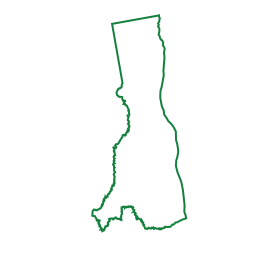 outline of Magoe, Tete, Mozambique, rotated 80°
{"feature_id": "85939544B26060528055494", "entity_name": "Magoe", "entity_type": "district", "adm_level": 2, "iso_a3": "MOZ", "parent_name": "Mozambique", "parent_adm1": "Tete", "projection": "mercator", "projection_center": [31.675, -16.019], "detail": "fine", "context": "isolated", "style": "outline", "palette": "green", "viewbox_px": 256, "rotation_deg": 80, "n_neighbors": 0, "source": "geoboundaries", "source_scale": "gbopen_adm2", "svg_char_len": 6048}
<svg xmlns="http://www.w3.org/2000/svg" viewBox="0 0 256 256"><g transform="rotate(80 128 128)"><path d="M227.0,86.3L223.6,86.5L221.2,87.0L219.7,87.0L214.5,85.8L212.4,85.6L198.6,84.7L192.4,84.8L189.4,85.0L180.4,86.9L173.7,87.4L168.2,86.1L165.7,84.7L160.5,82.7L157.7,82.4L151.7,82.3L149.2,82.7L147.2,82.6L139.6,81.5L135.7,82.7L133.6,83.6L131.3,84.8L128.0,87.2L125.6,88.0L121.0,90.0L116.9,89.8L112.6,90.9L104.8,91.0L102.6,90.8L96.9,89.5L93.1,87.6L83.1,83.9L81.3,83.5L77.8,83.2L65.3,79.9L59.7,79.4L56.7,78.2L54.9,78.3L52.6,79.3L50.7,78.6L49.2,78.7L47.6,79.2L46.6,80.3L44.4,80.9L42.7,80.9L41.5,81.6L40.8,81.5L38.6,80.5L36.8,80.0L35.1,79.9L33.2,80.8L32.4,80.1L31.7,79.8L30.2,80.2L28.4,78.6L27.0,78.4L25.6,77.6L23.6,78.1L22.5,77.9L22.7,125.6L82.9,125.6L84.6,126.8L86.3,127.0L87.4,128.4L87.5,128.9L87.3,129.4L87.7,130.5L88.2,131.1L88.5,131.0L88.6,131.4L90.1,132.6L91.0,133.1L92.1,133.2L93.8,132.9L94.6,132.1L95.1,132.1L96.1,130.6L96.0,129.9L96.5,128.4L98.5,128.6L99.7,128.0L100.2,127.2L100.8,126.8L100.8,126.2L101.1,126.2L101.2,126.6L100.5,127.4L100.6,128.0L102.2,127.4L102.6,127.4L103.5,128.1L103.7,126.8L104.4,127.0L105.0,126.1L105.8,125.8L105.8,125.4L110.6,124.0L111.1,124.7L112.3,124.2L113.1,124.5L114.4,124.2L115.3,124.4L116.2,125.2L116.1,125.6L115.6,126.0L116.0,126.4L117.2,125.6L117.7,125.7L119.8,126.8L120.5,126.8L121.3,126.0L121.8,125.9L122.7,126.3L123.5,127.0L124.0,126.5L124.9,127.1L125.6,126.8L125.9,126.3L127.0,126.3L128.6,128.1L129.3,127.9L129.1,127.4L129.4,127.2L130.5,127.8L130.4,128.4L131.1,128.2L131.2,129.2L131.8,128.9L132.0,129.1L132.5,130.6L133.6,131.3L134.3,131.3L134.7,131.6L135.0,132.0L134.9,132.5L133.9,133.4L134.1,134.3L134.7,134.8L135.9,135.0L136.6,136.0L137.5,136.5L138.1,137.5L139.3,138.1L140.1,139.2L141.3,139.8L142.0,140.8L141.9,142.5L142.2,143.0L143.0,143.7L144.4,142.8L145.5,143.3L146.0,145.0L144.6,145.3L144.5,145.5L144.7,145.8L146.5,145.3L147.8,145.4L148.0,145.8L148.7,145.5L149.0,145.9L149.5,145.6L150.3,145.6L150.8,145.4L151.7,145.7L152.6,145.4L153.2,146.8L153.7,147.2L154.6,147.1L155.6,146.4L156.4,147.2L158.1,147.0L158.2,147.3L157.8,147.7L158.0,147.9L158.8,147.7L160.0,148.0L160.5,147.5L160.7,148.6L161.3,149.0L161.9,148.9L162.8,148.3L164.2,148.6L164.6,148.1L165.0,148.7L165.9,148.7L167.4,149.2L169.2,148.3L169.6,148.5L170.2,149.5L171.4,150.2L173.9,149.5L175.3,150.4L176.4,150.2L176.9,150.4L176.7,150.4L176.9,150.7L177.4,150.7L177.7,151.0L178.5,150.7L178.9,151.1L179.5,150.7L180.0,150.8L180.5,151.1L180.6,151.8L181.2,151.8L181.5,152.4L181.7,151.9L182.3,151.9L182.5,152.9L182.2,153.5L183.0,153.7L183.9,154.5L184.4,154.4L185.0,155.1L185.3,154.7L186.0,154.6L186.4,154.9L186.5,155.7L187.5,156.1L187.7,157.0L188.6,157.3L189.0,157.9L189.3,157.8L189.7,158.1L189.9,159.3L190.8,159.8L191.7,159.9L191.5,160.3L191.6,160.6L192.1,160.9L192.2,161.2L192.7,161.1L192.9,161.3L192.5,162.1L191.9,162.3L192.2,162.4L192.5,162.3L193.2,162.8L193.1,163.2L193.6,163.6L193.8,164.2L194.7,163.8L194.8,164.0L194.7,164.3L195.2,164.4L195.8,164.1L196.0,164.4L196.0,165.2L196.7,165.0L197.6,165.7L198.1,165.8L198.1,166.1L198.8,166.1L198.8,166.6L199.5,166.8L199.4,167.3L199.6,167.4L200.6,167.1L200.9,167.8L202.0,168.6L202.0,169.0L202.5,169.2L202.7,169.7L203.0,171.7L203.5,172.1L203.7,172.7L203.2,173.2L203.4,174.0L202.3,175.4L202.9,176.1L203.2,177.0L203.6,177.2L208.2,178.4L209.1,175.9L211.8,174.9L212.9,174.8L213.0,174.4L213.2,174.5L213.2,174.2L213.5,174.2L213.3,174.0L213.4,173.7L213.8,173.7L213.8,173.1L214.1,173.2L214.2,172.9L214.6,172.9L214.6,172.5L215.0,172.9L215.2,172.6L215.4,172.6L215.7,173.2L216.3,173.0L216.7,173.5L217.0,173.3L217.2,173.5L217.5,173.2L217.8,173.4L218.4,173.0L219.1,173.1L219.1,172.5L219.8,172.6L220.3,173.1L221.2,172.0L222.4,172.0L222.4,171.6L222.6,171.4L222.9,171.7L222.8,171.2L223.3,171.0L223.4,171.7L223.8,171.1L224.5,171.4L225.1,171.3L224.8,170.8L224.9,170.0L224.6,169.4L224.2,169.6L224.0,169.3L223.7,169.3L223.1,168.3L222.3,168.2L221.6,167.6L221.1,167.4L221.4,166.9L220.8,166.2L221.0,165.7L220.8,164.9L220.4,164.9L219.9,164.5L219.8,164.8L219.1,164.7L219.0,164.4L218.2,163.9L217.4,164.2L216.4,162.2L214.4,162.6L214.2,162.4L214.2,161.9L214.7,161.5L214.3,161.1L214.2,159.6L214.5,158.9L215.1,158.9L215.5,158.5L214.8,157.2L214.4,157.0L214.0,156.3L214.0,155.5L214.5,155.4L215.4,154.6L215.4,154.1L215.9,153.7L216.0,152.4L216.4,151.8L216.9,151.5L217.5,150.5L216.0,150.3L215.0,150.7L214.6,150.7L213.8,149.8L213.2,149.9L212.6,149.7L211.3,148.7L210.8,148.9L210.4,148.7L209.3,148.9L209.3,148.5L208.9,148.3L208.0,148.2L207.1,148.5L206.7,148.2L206.5,148.4L205.8,148.3L205.4,147.9L205.0,148.0L204.6,146.4L204.9,146.0L205.4,145.6L205.3,145.4L206.0,145.2L205.3,144.7L205.6,144.5L205.5,144.2L205.8,144.1L206.0,143.5L205.9,143.2L205.4,142.9L205.7,142.2L205.5,141.8L205.8,141.5L205.4,141.1L205.6,140.9L205.9,140.2L205.6,139.7L206.0,139.4L205.8,139.1L205.8,138.3L206.3,137.9L206.7,138.0L207.0,137.8L206.6,137.1L206.7,136.9L207.0,136.8L207.3,137.2L207.1,136.8L207.3,136.7L207.7,137.2L208.4,137.5L209.3,137.0L209.5,136.3L209.7,136.1L209.9,136.3L210.3,136.3L210.3,136.6L210.7,136.5L210.8,136.8L211.3,136.8L211.5,137.1L211.5,136.6L211.9,136.1L212.8,135.7L213.4,136.1L213.6,135.5L214.0,136.0L214.3,135.7L214.9,136.1L216.2,134.8L216.6,135.3L217.1,135.0L217.9,135.6L218.8,135.5L219.2,135.3L218.8,134.9L219.4,134.5L219.1,134.0L218.3,133.6L219.1,133.1L220.2,131.8L220.2,131.1L221.0,131.3L221.2,130.8L221.8,131.2L222.4,131.2L222.6,130.9L222.3,130.3L223.8,130.3L223.9,130.0L223.5,129.6L223.9,129.3L224.6,129.8L225.6,129.8L226.1,129.1L226.7,129.6L227.1,129.2L230.0,128.5L230.2,128.1L230.2,127.5L230.5,127.2L230.3,126.8L230.7,126.5L230.4,125.4L229.8,124.9L230.6,124.0L230.9,123.2L230.7,122.8L230.9,122.7L230.3,121.9L230.8,121.3L230.3,120.4L231.9,120.0L231.8,119.5L231.2,118.7L232.2,117.0L232.2,116.4L232.5,115.9L232.2,114.4L232.4,114.2L233.2,114.5L233.4,114.2L233.5,113.7L233.3,112.7L232.9,112.9L232.6,112.7L232.8,110.3L232.3,109.5L232.4,109.0L231.8,108.9L231.6,108.7L232.3,106.5L232.7,103.9L232.4,103.0L230.8,101.2L231.1,100.4L230.8,99.6L230.4,98.9L229.4,98.0L229.4,96.1L227.7,90.6L227.0,86.3Z" fill="none" stroke="#15803d" stroke-width="2"/></g></svg>